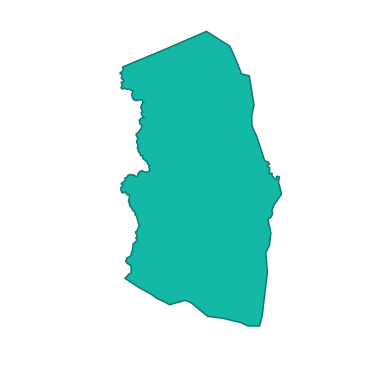 Teshig, Bulgan, Mongolia, rotated 252°
{"feature_id": "93677404B98816227720270", "entity_name": "Teshig", "entity_type": "district", "adm_level": 2, "iso_a3": "MNG", "parent_name": "Mongolia", "parent_adm1": "Bulgan", "projection": "mercator", "projection_center": [103.202, 50.045], "detail": "fine", "context": "isolated", "style": "filled", "palette": "teal", "viewbox_px": 384, "rotation_deg": 252, "n_neighbors": 0, "source": "geoboundaries", "source_scale": "gbopen_adm2", "svg_char_len": 5966}
<svg xmlns="http://www.w3.org/2000/svg" viewBox="0 0 384 384"><g transform="rotate(252 192 192)"><path d="M52.7,198.1L47.3,203.8L43.7,214.8L52.1,220.3L91.9,238.7L111.5,243.5L117.3,249.1L128.4,254.3L142.2,255.8L142.7,255.8L142.8,255.9L142.9,256.2L143.0,256.4L143.0,256.8L143.0,257.0L143.3,257.5L143.4,258.1L143.3,258.5L143.3,258.8L143.6,259.1L143.8,259.4L143.9,259.5L144.0,259.6L144.5,259.9L144.8,260.3L145.1,260.8L146.1,261.6L146.5,261.9L146.8,262.1L147.4,262.2L148.4,262.2L149.8,262.4L154.3,266.0L162.3,276.4L171.8,277.3L172.2,277.0L172.4,277.1L173.3,277.0L173.6,277.1L173.9,277.2L174.3,277.3L174.6,277.4L175.2,277.7L175.8,277.8L176.5,278.1L176.9,278.4L177.6,279.1L178.8,279.7L179.0,279.8L179.5,279.7L179.9,279.4L180.2,279.0L180.5,278.1L180.6,277.5L180.6,277.3L180.6,277.2L180.0,276.9L178.9,276.7L178.3,276.4L178.0,276.1L177.9,275.8L178.0,275.5L178.1,275.3L179.2,274.4L179.4,274.3L179.6,274.3L180.2,274.4L180.5,274.3L182.5,273.0L182.8,273.0L183.4,273.4L184.2,273.7L184.5,273.9L185.1,273.8L185.3,273.6L185.4,273.2L185.4,272.4L185.4,272.1L185.4,271.9L185.5,271.6L185.6,271.4L186.6,270.8L186.8,270.9L187.2,271.7L187.4,272.1L187.7,272.3L187.8,272.3L188.5,272.4L189.2,272.7L190.5,273.3L190.8,273.4L191.0,273.4L191.4,273.2L191.8,272.7L192.3,272.1L193.0,271.5L193.3,271.3L193.6,271.3L193.8,271.5L194.0,272.1L194.3,273.1L194.4,274.1L194.4,274.3L194.5,274.3L195.1,274.3L195.6,274.1L196.8,273.7L197.1,273.5L197.3,273.3L197.5,272.7L197.7,272.4L197.9,272.1L198.4,271.6L199.4,271.1L199.8,271.0L200.5,270.7L201.2,270.7L202.0,270.8L225.1,270.7L232.5,269.8L236.8,269.6L246.4,272.5L255.2,277.8L284.7,282.4L289.0,275.7L304.2,274.6L318.9,273.1L340.3,255.4L337.9,229.9L336.5,215.7L332.5,166.8L332.5,166.4L332.0,164.3L330.7,164.6L329.8,164.4L328.9,164.0L328.5,163.2L328.2,162.9L327.9,162.0L327.8,160.9L327.2,160.3L326.8,160.1L326.1,160.9L326.1,161.4L325.7,161.6L323.6,161.3L323.4,161.2L323.3,160.8L322.8,160.2L322.3,160.1L321.3,160.3L319.6,161.8L319.2,161.7L318.3,161.0L318.4,159.0L318.0,158.5L315.0,158.7L313.8,157.6L313.5,157.0L313.2,156.9L312.8,156.8L312.5,157.1L311.5,157.5L311.3,158.0L311.4,158.7L311.5,159.5L311.7,159.8L311.2,160.4L311.0,160.8L310.2,161.4L309.8,161.8L309.5,163.0L309.4,163.8L308.8,164.5L308.4,164.7L308.2,165.1L306.8,166.2L306.4,167.2L306.1,167.5L306.0,167.1L303.8,165.1L302.8,164.5L301.9,164.8L300.6,164.4L299.7,164.6L298.8,164.7L298.6,164.8L298.5,165.6L298.3,165.8L298.1,165.8L297.2,165.5L296.9,165.7L296.6,166.3L296.5,167.1L295.9,167.9L295.9,168.5L295.7,169.5L296.0,170.5L296.0,170.8L295.6,171.2L294.9,173.0L293.6,172.9L292.7,173.8L292.7,173.3L292.4,172.9L291.6,172.4L290.7,171.2L289.8,170.9L289.4,170.1L288.8,169.5L287.8,169.5L287.1,169.3L286.0,169.6L285.1,169.6L284.1,169.7L283.7,169.7L283.1,169.3L282.9,168.9L282.9,168.3L282.5,168.4L282.0,168.0L281.5,167.9L280.4,168.3L278.7,168.7L277.5,169.3L277.7,168.4L277.8,166.2L276.6,164.4L276.6,164.1L275.7,164.1L275.2,163.8L274.7,163.9L274.3,163.9L273.6,163.6L273.0,163.5L272.1,163.8L270.8,164.9L269.8,164.9L268.2,162.9L267.5,163.0L267.3,161.8L266.9,161.4L265.7,160.6L265.7,159.9L265.3,159.0L264.7,157.9L264.8,157.2L264.4,157.2L264.0,157.1L263.7,156.8L263.4,156.4L263.1,156.5L262.4,157.0L261.9,156.8L261.2,156.7L260.4,157.0L259.8,156.9L259.4,156.8L258.9,156.7L258.2,156.1L257.8,155.3L256.9,155.0L256.0,154.8L254.7,154.9L254.1,155.1L253.4,155.1L252.9,155.2L252.6,155.0L252.4,154.6L251.8,154.1L251.3,153.9L250.3,153.6L250.0,153.5L249.3,154.1L248.8,154.2L248.0,153.6L247.7,153.5L246.9,153.9L246.4,153.8L245.5,154.0L244.7,154.6L244.2,154.5L243.7,154.5L243.2,154.2L242.2,154.6L242.3,155.6L242.1,155.8L241.7,156.2L240.3,156.2L239.3,155.5L239.0,155.6L238.2,156.3L237.6,156.4L237.3,156.6L234.4,158.7L233.8,158.6L233.5,158.8L232.6,158.6L231.2,159.0L230.4,159.5L230.0,159.3L229.5,158.9L228.4,158.6L227.4,158.6L224.9,157.9L225.0,155.8L224.7,155.2L225.0,153.9L225.5,153.6L226.0,152.8L227.2,151.5L227.8,151.1L227.9,150.5L227.8,150.0L227.3,149.7L227.3,149.4L227.6,148.5L226.9,147.9L226.5,147.0L225.9,146.3L224.4,145.5L223.9,144.7L223.9,143.2L224.0,143.0L224.2,142.9L225.1,142.9L226.7,141.2L226.4,141.0L226.3,140.6L226.6,139.8L226.6,139.5L227.7,138.9L228.0,138.5L228.0,138.0L227.8,137.6L227.6,137.3L227.7,136.9L227.9,136.5L226.6,135.4L226.3,135.1L226.1,134.2L226.1,132.8L225.3,132.1L224.4,132.3L223.7,132.2L223.2,131.3L223.1,130.8L223.0,130.7L222.9,130.4L222.5,129.2L222.2,128.5L222.3,127.9L222.2,127.7L221.8,127.6L221.6,127.3L220.7,128.5L219.8,128.3L219.2,127.9L219.1,127.6L219.1,127.0L218.7,126.7L218.5,126.4L218.4,126.0L217.4,125.4L217.1,125.5L216.4,125.2L216.0,125.1L213.1,125.1L212.8,125.5L212.9,125.8L212.8,126.1L212.3,126.8L212.8,127.5L212.8,128.1L212.4,128.6L212.3,129.0L211.7,129.1L211.0,128.9L210.6,129.0L210.0,129.2L209.5,129.3L209.4,129.9L209.2,130.1L209.1,130.9L208.7,131.2L208.6,131.5L208.1,131.5L205.8,130.4L203.9,129.6L203.8,129.1L203.1,129.1L202.7,128.8L202.4,128.5L202.2,128.6L201.7,128.9L200.4,129.2L199.7,128.6L198.9,128.8L197.8,128.6L197.4,128.6L196.4,129.5L196.1,129.6L195.7,129.5L194.1,129.9L193.2,129.8L190.5,131.4L189.5,131.5L188.1,130.9L187.6,131.0L186.9,131.4L185.1,131.9L184.7,131.9L183.6,131.5L181.8,131.8L181.4,131.8L181.0,131.5L179.8,131.4L178.9,131.3L177.9,131.6L177.4,131.5L175.5,130.7L175.1,130.4L173.7,128.9L172.0,127.8L171.5,126.1L171.2,125.9L170.5,125.8L168.9,126.1L168.7,126.2L167.8,126.3L167.3,126.4L166.7,126.0L166.1,125.2L165.9,124.8L165.6,124.4L165.2,124.3L163.9,125.4L162.9,124.9L162.4,124.3L162.3,123.8L162.4,122.8L161.4,122.6L161.2,122.1L161.4,121.6L160.9,120.0L158.8,119.2L157.3,118.2L155.6,117.7L152.1,115.0L151.0,114.8L150.6,114.6L150.5,114.3L149.8,112.5L149.6,111.2L149.3,109.4L148.2,109.2L147.2,107.8L146.7,107.5L146.3,107.5L145.8,107.6L143.6,108.7L142.5,109.7L142.1,110.0L141.8,110.7L141.5,110.8L139.9,111.0L139.2,110.8L138.9,110.8L134.1,109.1L133.4,108.0L133.3,107.6L133.3,106.4L130.6,101.6L117.3,112.2L108.5,120.6L101.2,126.1L96.8,131.0L91.7,135.8L91.1,151.8L87.4,156.6L68.9,168.5L62.0,183.1L57.2,190.7L52.7,198.1Z" fill="#14b8a6" stroke="#0f766e" stroke-width="1.5"/></g></svg>